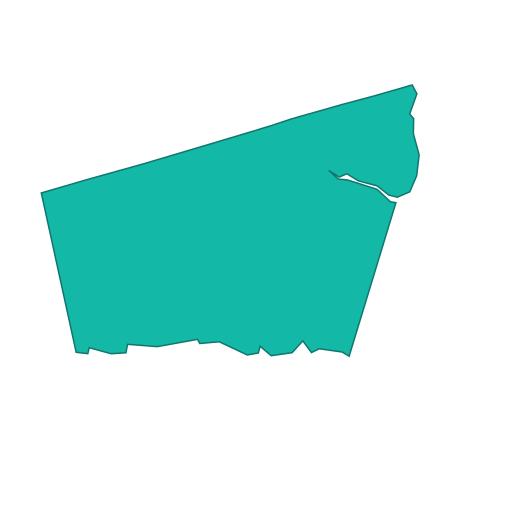 Mecklenburg, Virginia, United States of America, rotated 164°
{"feature_id": "52423323B47547270594160", "entity_name": "Mecklenburg", "entity_type": "district", "adm_level": 2, "iso_a3": "USA", "parent_name": "United States of America", "parent_adm1": "Virginia", "projection": "natural_earth1", "projection_center": [-78.439, 36.716], "detail": "fine", "context": "isolated", "style": "filled", "palette": "teal", "viewbox_px": 512, "rotation_deg": 164, "n_neighbors": 0, "source": "geoboundaries", "source_scale": "gbopen_adm2", "svg_char_len": 869}
<svg xmlns="http://www.w3.org/2000/svg" viewBox="0 0 512 512"><g transform="rotate(164 256 256)"><path d="M445.0,375.8L455.4,213.0L444.6,208.5L441.6,213.8L422.2,202.0L407.7,198.8L403.8,206.5L375.9,196.1L335.2,192.0L334.2,187.4L315.0,183.7L291.7,163.3L280.5,162.1L276.9,168.1L268.9,156.0L247.9,153.1L234.4,161.5L229.3,147.9L220.8,149.4L199.6,139.9L194.1,134.0L106.8,268.7L111.9,271.1L121.2,286.7L147.3,304.0L155.6,307.2L162.5,318.3L154.3,308.9L146.0,310.0L136.9,300.0L120.2,290.0L111.5,277.9L104.0,273.6L90.5,275.3L79.4,288.9L71.3,308.3L71.0,330.2L66.6,344.6L69.1,350.2L56.6,367.6L58.7,377.4L94.7,377.3L98.5,377.3L103.2,377.4L131.0,377.9L171.6,378.0L173.5,378.0L184.6,378.0L206.4,377.1L206.6,377.1L214.3,377.0L223.2,376.8L225.9,376.8L289.0,376.1L332.4,375.7L333.1,375.6L396.1,376.0L396.3,376.0L445.0,375.8Z" fill="#14b8a6" stroke="#0f766e" stroke-width="1.5"/></g></svg>